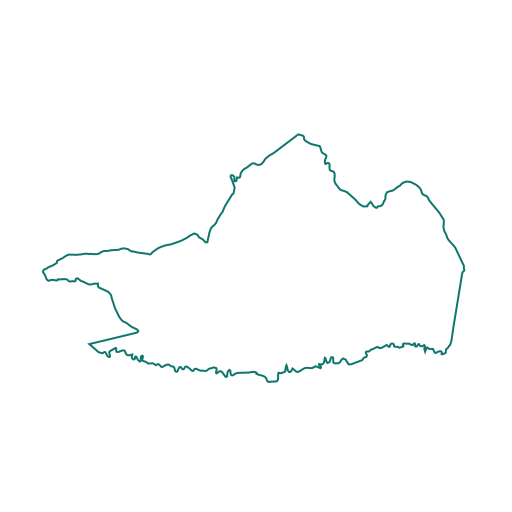 the Commissiary of Guaviare, rotated 189°
{"feature_id": "COL-1423", "entity_name": "Guaviare", "entity_type": "Commissiary", "adm_level": 1, "iso_a3": "COL", "parent_name": "Colombia", "parent_adm1": "", "projection": "mercator", "projection_center": [-71.908, 1.785], "detail": "fine", "context": "isolated", "style": "outline", "palette": "teal", "viewbox_px": 512, "rotation_deg": 189, "n_neighbors": 0, "source": "natural_earth", "source_scale": "10m", "svg_char_len": 6102}
<svg xmlns="http://www.w3.org/2000/svg" viewBox="0 0 512 512"><g transform="rotate(189 256 256)"><path d="M114.9,353.3L109.0,351.4L106.5,349.9L104.4,348.3L103.2,346.7L101.8,343.7L100.5,342.8L96.3,341.6L93.3,337.6L81.9,327.6L76.2,321.1L75.7,318.4L75.5,314.3L74.2,310.6L71.4,306.7L69.7,303.5L68.1,301.7L62.4,297.2L60.5,295.4L49.1,278.7L48.9,277.2L48.0,274.2L49.6,272.2L49.9,217.5L49.7,203.0L50.3,198.5L51.1,197.5L52.1,195.4L53.7,193.3L53.5,190.3L54.4,189.3L56.7,188.0L57.3,188.1L57.4,189.9L58.1,190.7L59.0,190.8L60.2,190.5L63.6,188.3L64.3,188.4L66.6,191.8L70.3,191.4L71.3,191.6L72.0,192.2L72.9,192.4L73.3,191.7L74.0,188.0L75.3,190.7L75.1,191.9L75.1,193.3L75.5,194.1L76.0,194.3L77.7,192.8L79.6,192.8L80.5,193.3L81.1,194.4L81.7,194.4L83.2,191.7L84.5,191.6L85.1,192.2L85.0,193.8L85.4,194.5L86.3,194.3L87.4,192.7L88.4,192.4L91.2,193.4L93.2,193.0L96.0,192.8L97.0,192.1L97.0,191.1L96.3,190.3L96.4,189.6L100.0,187.8L101.8,188.5L104.7,188.1L105.4,188.4L106.0,190.2L106.9,190.8L107.9,190.8L109.0,190.3L109.5,189.4L109.6,187.6L110.2,187.1L111.1,187.3L112.7,188.5L113.5,188.2L117.4,185.0L119.1,184.4L120.2,184.4L120.9,185.0L122.0,185.2L123.5,184.2L125.9,182.4L127.9,181.4L128.7,180.2L129.7,179.3L132.2,178.8L132.5,177.8L132.0,176.7L130.8,175.4L131.3,173.6L133.4,172.5L134.9,169.7L144.6,164.2L146.7,163.5L148.0,163.7L149.1,165.4L150.1,166.1L151.2,167.7L154.0,168.4L155.5,166.6L156.5,164.2L157.8,163.0L161.5,162.2L163.0,162.9L163.7,166.8L164.0,167.6L164.8,168.0L165.9,167.7L166.7,163.0L168.4,161.5L169.5,162.1L171.3,165.4L170.5,165.4L172.1,166.1L172.1,162.9L172.5,160.5L173.9,159.2L176.8,159.1L176.8,158.3L174.7,156.9L174.4,156.4L174.7,155.3L180.0,156.4L182.6,154.3L183.6,153.9L187.6,153.6L189.6,153.2L191.4,152.1L195.9,148.2L197.9,148.0L202.3,150.6L203.0,148.3L204.0,146.8L205.2,146.6L206.9,148.3L208.3,152.1L208.8,152.8L209.2,150.6L209.2,148.3L209.0,147.1L209.3,146.3L212.3,144.4L213.8,144.0L215.5,144.2L215.6,141.5L215.1,139.5L215.0,137.4L215.6,135.8L216.9,135.1L221.3,134.3L223.6,133.6L225.3,134.1L226.8,136.9L228.4,138.1L231.0,138.8L235.4,139.2L236.7,140.3L237.2,139.8L238.1,141.2L239.5,141.3L242.6,140.6L244.1,139.9L255.7,137.7L258.2,136.5L259.3,135.2L260.8,134.3L261.7,134.4L262.5,135.4L263.4,138.7L264.5,139.3L265.5,138.1L265.9,136.1L265.8,132.7L266.4,131.9L267.3,132.0L271.5,136.2L273.1,136.7L274.5,136.0L276.2,134.1L276.9,134.0L277.3,134.7L277.1,137.8L277.6,139.0L280.0,139.4L284.8,137.2L286.9,134.9L288.1,134.5L289.7,134.5L292.7,134.1L294.9,134.5L297.4,135.3L298.8,134.9L300.2,132.6L301.2,132.6L305.0,135.0L307.1,136.0L308.5,135.7L309.3,133.5L310.0,132.7L311.1,132.8L313.1,134.6L314.0,134.3L314.7,133.2L315.4,130.3L316.1,129.3L317.2,129.3L318.1,130.1L318.6,131.7L319.4,133.1L320.4,133.8L322.4,133.8L324.9,135.0L326.0,135.0L327.4,134.6L331.2,131.7L332.3,131.8L334.7,133.6L335.9,133.9L336.9,133.3L337.7,132.5L341.0,133.9L345.7,132.9L347.8,134.2L349.7,134.4L351.9,135.0L352.2,135.8L351.9,138.2L352.0,139.2L352.6,139.7L353.3,139.4L353.9,138.4L353.8,136.9L353.4,135.1L353.8,133.8L354.7,133.7L356.6,135.1L358.0,137.3L359.0,138.0L359.6,137.3L359.5,135.8L360.2,134.8L361.2,134.7L362.7,136.0L362.9,137.5L362.7,138.7L362.8,139.4L365.8,138.0L367.5,137.9L369.2,139.1L370.6,141.6L371.7,142.1L373.5,141.7L376.7,139.8L378.0,139.5L378.8,139.6L379.3,140.6L379.7,143.0L380.3,143.2L385.0,139.5L385.8,138.5L385.8,137.4L384.7,135.0L384.5,134.0L384.9,133.3L386.0,133.3L387.1,134.1L389.9,137.5L390.9,137.4L392.2,136.0L394.5,136.1L396.4,136.4L406.9,142.9L362.1,161.5L360.7,162.6L360.6,163.6L361.7,164.7L368.1,166.7L373.7,169.7L376.5,170.4L378.9,171.8L381.4,174.3L387.0,182.2L391.6,191.2L393.0,194.6L394.5,196.1L396.6,197.6L404.7,199.9L405.5,200.0L406.5,200.5L407.5,201.7L407.7,204.0L411.8,203.3L412.6,202.8L415.7,201.8L417.3,201.9L423.4,203.8L424.8,203.9L427.5,205.4L429.0,206.1L430.1,205.5L430.5,204.5L430.3,203.5L430.5,202.8L431.2,202.5L433.1,202.5L435.1,201.8L436.6,201.7L438.1,202.8L439.3,203.3L441.9,203.2L445.3,202.3L446.4,202.1L447.3,202.2L448.0,202.0L448.4,200.8L449.8,200.6L453.2,200.7L455.0,200.2L456.3,199.2L457.6,199.2L459.2,200.3L461.1,203.6L463.9,206.9L464.0,207.6L463.4,209.3L460.5,211.1L459.6,212.2L455.1,215.0L451.7,217.9L451.5,220.3L446.6,223.7L444.0,226.2L442.6,227.3L440.6,228.2L434.0,229.0L429.0,230.2L425.0,231.6L422.8,231.8L420.7,231.8L419.6,232.3L417.7,232.3L413.1,233.0L411.2,234.0L409.5,235.7L407.0,237.1L402.7,238.0L400.3,238.9L392.8,240.6L389.3,242.5L387.3,242.9L384.0,242.8L382.7,242.4L381.6,241.7L379.1,241.0L377.8,241.3L373.4,240.9L363.0,241.2L361.1,240.9L360.3,241.3L358.6,243.8L354.0,248.3L351.1,250.2L347.4,252.2L341.6,254.3L332.3,259.3L326.9,263.3L324.9,265.4L320.5,268.6L317.3,267.9L315.1,265.5L311.2,264.1L308.0,261.6L306.2,262.0L305.7,271.5L305.2,274.6L304.5,277.1L301.4,281.0L300.5,282.8L299.5,286.7L297.1,292.3L295.8,294.7L295.2,297.7L294.3,300.8L289.1,313.2L288.1,314.1L287.9,315.1L287.8,320.3L292.1,328.1L293.0,329.3L293.6,330.7L293.3,331.8L292.1,332.1L290.7,331.6L289.8,330.6L289.1,326.9L288.6,326.4L287.9,326.6L287.2,327.2L287.0,328.7L287.2,329.9L287.0,330.7L285.4,330.5L284.5,330.9L284.1,332.0L284.0,335.5L282.6,338.3L281.4,340.0L279.3,341.5L274.3,346.8L272.9,347.2L271.7,347.1L270.2,346.5L268.4,346.3L266.4,346.7L264.8,348.0L263.1,350.7L262.4,352.6L261.4,354.2L258.0,357.8L254.5,360.6L233.3,382.7L228.5,382.2L227.5,381.5L226.8,379.2L226.2,378.2L225.3,377.5L220.1,375.5L218.0,375.1L210.4,374.5L209.6,373.6L207.5,369.1L206.4,368.1L203.2,367.0L202.1,365.8L202.2,364.0L202.7,362.0L202.9,360.3L202.0,357.9L201.2,357.9L200.4,358.8L199.3,359.2L198.1,358.7L197.6,357.9L197.2,354.5L196.4,352.3L194.8,351.8L193.1,351.6L191.8,350.7L191.2,349.2L190.8,347.4L190.6,343.9L190.1,341.8L188.9,340.0L183.7,335.1L182.3,334.4L178.5,333.9L175.8,333.1L166.5,327.1L163.3,324.3L161.5,323.2L157.8,321.7L153.8,322.5L153.8,323.6L151.3,327.4L149.7,326.0L148.1,324.0L146.3,322.9L144.8,322.4L144.0,322.7L143.7,323.6L143.2,324.2L141.2,324.6L140.3,325.1L138.9,326.9L138.2,329.9L137.3,331.9L137.1,333.1L137.5,335.3L137.5,336.6L137.1,338.1L136.4,339.5L134.8,340.5L131.3,342.0L129.5,343.5L127.2,346.1L124.7,348.1L123.0,350.7L120.5,352.4L118.8,353.1L114.9,353.3Z" fill="none" stroke="#0f766e" stroke-width="2"/></g></svg>